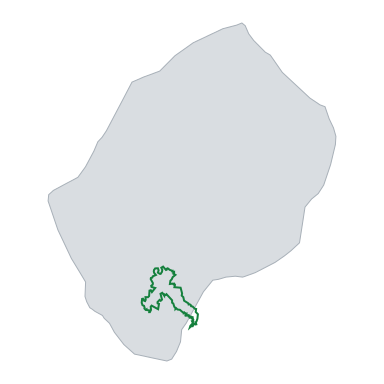 Telle, Quthing, Lesotho shown in context
{"feature_id": "5366337B55047013089331", "entity_name": "Telle", "entity_type": "district", "adm_level": 2, "iso_a3": "LSO", "parent_name": "Lesotho", "parent_adm1": "Quthing", "projection": "equal_earth", "projection_center": [28.078, -30.25], "detail": "medium", "context": "in_parent", "style": "outline", "palette": "green", "viewbox_px": 384, "rotation_deg": 0, "n_neighbors": 0, "source": "geoboundaries", "source_scale": "gbopen_adm2", "svg_char_len": 2853}
<svg xmlns="http://www.w3.org/2000/svg" viewBox="0 0 384 384"><path d="M255.1,272.7L244.0,276.7L242.5,277.1L235.4,276.2L226.0,277.1L218.5,279.3L212.8,280.2L203.4,291.8L186.3,323.0L181.7,329.6L180.5,341.8L176.5,351.5L171.7,359.1L166.9,361.0L152.7,358.0L134.5,354.1L123.9,344.6L114.4,332.3L109.5,323.3L104.2,318.3L102.5,315.5L95.0,311.4L92.2,309.2L89.8,307.7L86.7,301.7L85.0,296.5L85.6,282.0L80.4,273.3L71.4,258.5L65.7,246.4L57.9,229.9L53.1,215.7L48.1,201.0L48.7,194.7L53.4,190.4L67.2,183.0L77.9,177.3L85.5,166.8L93.9,151.1L97.9,141.7L102.0,137.4L106.4,130.8L114.2,116.0L122.8,99.7L132.0,82.1L143.7,77.0L159.7,71.1L175.0,55.7L193.3,42.7L222.9,28.7L236.7,25.1L241.9,23.0L245.2,25.7L248.7,33.8L253.7,40.5L265.3,52.2L270.3,55.1L282.3,72.4L295.1,84.3L309.8,98.0L319.9,104.8L325.0,106.7L329.2,118.9L333.5,127.9L335.9,136.3L335.4,144.5L330.6,164.6L323.7,185.1L318.2,193.6L311.6,199.0L305.0,207.1L302.5,223.5L299.5,242.8L291.0,250.7L284.4,255.9L275.2,262.3L255.1,272.7Z" fill="#d9dde1" stroke="#a8b0b8" stroke-width="1"/><path d="M189.9,327.4L191.1,326.3L192.7,326.2L194.0,323.5L195.3,324.5L196.3,324.3L195.7,322.2L196.4,321.6L197.4,318.8L197.9,314.2L195.7,311.9L196.1,309.0L194.9,308.8L192.6,306.5L191.1,306.2L190.9,305.2L189.7,304.3L188.6,304.5L188.3,303.3L184.1,300.7L183.3,297.1L181.7,295.6L182.1,293.4L180.6,287.7L174.4,287.2L175.0,284.8L174.2,283.7L173.4,284.3L172.9,283.6L169.9,284.0L170.4,280.7L171.7,279.4L172.7,277.1L175.4,274.9L173.7,273.9L174.1,273.7L174.1,272.1L173.4,272.5L172.9,271.3L172.1,272.3L172.4,270.8L169.8,269.9L167.7,268.3L166.8,268.7L166.7,269.7L166.0,270.0L163.1,266.6L161.3,267.7L162.3,269.8L162.0,271.8L160.6,273.9L159.9,273.9L157.9,272.6L158.6,270.3L157.9,268.3L155.2,268.4L154.0,270.0L153.8,271.5L154.1,272.8L155.9,275.0L152.8,276.3L152.3,277.6L150.9,278.0L150.7,279.1L152.9,283.1L152.7,284.6L151.2,285.8L151.5,286.9L155.2,288.0L151.9,292.1L150.8,290.2L149.5,290.6L149.1,296.1L148.0,297.2L145.5,297.1L145.7,299.8L145.1,301.1L144.2,300.8L143.0,298.7L142.1,298.9L141.7,302.8L142.5,305.2L144.0,305.8L144.6,307.6L144.4,308.5L145.6,309.8L146.5,309.3L146.5,310.0L149.4,310.4L149.2,312.1L149.9,312.1L151.0,309.9L150.7,306.7L151.6,305.6L158.1,309.2L159.0,303.9L157.6,303.4L157.5,302.1L159.6,299.9L160.7,300.8L162.0,299.6L160.5,293.8L162.2,292.8L164.1,295.5L164.1,294.2L165.7,295.1L166.5,294.2L172.1,300.3L172.1,302.7L173.3,303.5L174.3,306.8L175.4,307.8L175.4,309.0L176.2,308.2L177.5,309.5L179.9,309.8L183.1,312.6L183.8,312.4L183.8,313.1L184.5,312.7L185.8,313.4L185.6,314.1L186.3,313.8L186.1,314.8L186.7,314.4L186.8,315.1L187.5,315.1L187.1,315.6L189.0,315.5L189.3,315.9L188.8,315.9L188.8,316.6L190.5,316.6L190.3,317.4L191.1,317.1L191.4,318.1L191.9,318.0L191.8,317.1L192.6,317.1L192.9,319.3L193.9,319.2L193.3,319.6L192.5,319.3L193.2,321.0L192.0,321.2L192.9,323.1L190.4,325.8L189.9,327.4Z" fill="none" stroke="#15803d" stroke-width="2"/></svg>